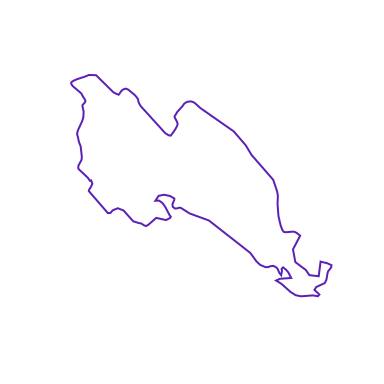 the County of Waterford, rotated 43°
{"feature_id": "IRL-1444", "entity_name": "Waterford", "entity_type": "County", "adm_level": 1, "iso_a3": "IRL", "parent_name": "Ireland", "parent_adm1": "", "projection": "natural_earth1", "projection_center": [-7.576, 52.152], "detail": "fine", "context": "isolated", "style": "outline", "palette": "violet", "viewbox_px": 384, "rotation_deg": 43, "n_neighbors": 0, "source": "natural_earth", "source_scale": "10m", "svg_char_len": 2204}
<svg xmlns="http://www.w3.org/2000/svg" viewBox="0 0 384 384"><g transform="rotate(43 192 192)"><path d="M345.0,151.8L345.4,153.6L345.6,157.1L346.4,158.8L350.2,164.6L351.2,168.1L347.7,176.7L348.3,180.1L355.1,180.1L355.1,182.4L350.8,185.3L342.9,193.9L338.2,196.8L332.1,197.9L319.8,198.2L313.9,199.4L315.5,195.5L323.2,187.2L317.2,185.1L313.8,184.7L310.0,185.0L310.0,187.2L311.6,188.3L312.3,189.3L312.9,190.5L313.9,192.0L311.0,191.6L307.5,190.0L305.3,189.6L302.0,190.5L300.1,192.6L298.9,195.0L297.1,196.8L291.6,198.8L286.6,198.8L276.2,196.8L223.8,201.3L204.9,209.3L194.8,211.2L193.5,212.0L192.4,213.9L191.0,215.6L188.2,216.0L186.3,214.6L185.2,212.1L184.4,209.8L183.5,208.8L178.7,209.9L173.5,213.0L170.2,217.6L171.2,223.4L173.9,220.7L178.1,220.2L183.1,221.3L191.3,224.2L193.3,224.5L193.7,226.0L192.1,230.3L183.5,235.3L182.4,246.0L181.5,248.4L179.2,249.2L176.5,249.6L174.2,251.0L169.0,253.5L154.5,252.2L148.8,254.5L146.5,259.4L146.6,263.0L144.9,264.8L115.9,261.7L115.1,260.2L114.6,257.0L113.4,253.8L110.3,252.3L109.8,253.4L105.8,252.6L95.0,252.6L93.2,252.5L91.9,251.5L90.9,250.0L89.4,244.2L88.7,242.9L87.3,241.3L79.4,234.5L75.8,232.8L73.2,231.2L71.8,230.0L68.8,228.3L67.6,226.8L66.4,224.4L63.4,215.2L61.6,211.5L58.0,207.2L53.6,204.1L52.6,203.1L52.6,199.4L52.0,198.1L50.0,197.2L46.6,196.4L45.2,195.9L43.7,195.4L32.8,195.9L31.1,195.6L29.6,195.1L28.9,193.9L29.5,191.3L31.1,187.7L35.4,179.9L36.8,176.7L42.2,172.0L66.5,172.7L69.1,172.0L72.0,170.9L71.9,169.6L71.5,166.9L71.5,165.2L71.9,163.6L73.1,161.5L75.6,160.6L84.3,160.1L87.3,160.5L89.3,161.0L91.4,162.6L93.3,163.4L96.1,164.2L132.2,167.2L136.1,166.5L138.0,165.3L137.4,159.9L136.9,157.0L136.2,154.5L135.8,153.3L135.2,152.3L134.2,151.4L133.0,150.8L128.5,149.3L127.7,148.6L126.6,143.4L126.5,135.8L126.1,133.1L126.3,131.2L127.2,129.0L129.4,126.5L131.4,125.5L133.4,125.0L141.0,124.9L181.2,119.2L199.5,121.2L210.3,124.3L243.1,127.7L253.8,133.5L257.3,136.1L262.7,142.4L271.6,150.6L279.6,156.0L283.8,158.1L286.3,158.6L287.4,157.9L288.4,157.1L292.7,152.3L293.7,151.5L295.4,150.8L297.5,150.4L300.9,150.2L305.0,165.1L315.4,172.8L328.5,171.4L334.5,172.8L342.1,167.2L333.5,155.2L339.7,151.8L343.9,150.4L345.0,151.8Z" fill="none" stroke="#5b21b6" stroke-width="2"/></g></svg>